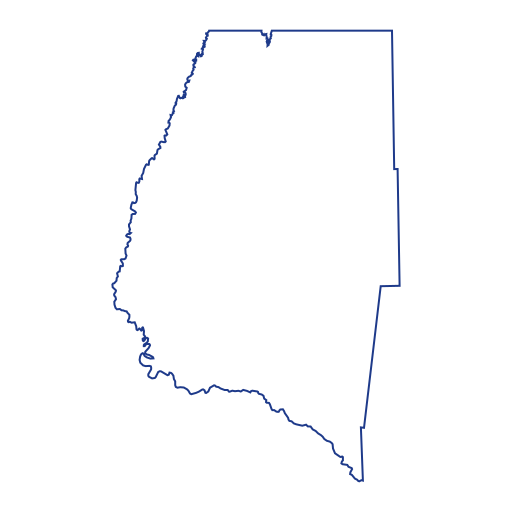 General José de San Martín, Salta, Argentina (Robinson projection)
{"feature_id": "61730980B17678477966583", "entity_name": "General José de San Martín", "entity_type": "district", "adm_level": 2, "iso_a3": "ARG", "parent_name": "Argentina", "parent_adm1": "Salta", "projection": "robinson", "projection_center": [-63.954, -22.826], "detail": "fine", "context": "isolated", "style": "outline", "palette": "blue", "viewbox_px": 512, "rotation_deg": 0, "n_neighbors": 0, "source": "geoboundaries", "source_scale": "gbopen_adm2", "svg_char_len": 5973}
<svg xmlns="http://www.w3.org/2000/svg" viewBox="0 0 512 512"><path d="M392.0,30.7L271.8,30.7L270.7,34.2L270.7,34.6L271.4,34.9L271.3,36.0L270.5,37.1L270.8,38.4L269.9,39.1L269.5,40.8L269.2,40.9L269.8,41.2L269.9,41.9L268.8,42.5L269.1,43.2L268.2,43.9L268.7,44.8L267.5,45.8L267.6,44.4L266.8,42.0L267.2,41.9L266.8,41.5L267.1,40.3L267.4,39.9L267.7,40.0L267.9,39.4L267.3,38.4L266.9,38.4L267.1,38.1L266.6,37.9L266.6,36.1L266.1,35.2L266.3,34.0L265.8,34.1L265.6,34.5L264.5,35.0L264.2,34.5L264.0,34.9L263.6,34.7L263.6,35.2L262.3,34.7L262.1,34.2L262.3,33.5L261.4,32.2L261.5,30.7L209.1,30.7L208.9,31.4L207.4,32.9L207.5,34.0L206.9,33.3L206.1,33.4L206.2,34.1L207.6,35.2L205.9,37.6L206.1,38.3L206.8,38.8L206.4,39.6L205.4,40.9L203.9,40.9L204.8,42.7L203.6,43.1L203.4,43.5L204.6,44.7L203.5,45.3L203.1,46.4L203.7,46.7L204.5,46.1L204.7,46.7L202.3,48.1L201.8,48.8L203.0,49.4L202.3,51.9L202.7,52.9L201.9,53.8L202.7,53.8L202.8,54.3L202.1,54.7L201.6,56.1L200.8,56.3L200.1,55.1L198.9,54.5L198.8,52.8L197.7,53.0L197.0,53.8L197.0,54.5L198.3,54.4L198.3,56.2L197.6,55.8L196.2,56.4L195.2,58.9L195.2,59.5L196.2,59.6L196.2,60.6L195.6,60.7L195.4,60.0L194.7,59.6L193.4,59.7L192.9,60.3L193.5,60.9L194.7,60.5L194.5,61.9L195.4,62.2L195.3,63.1L193.4,64.6L193.4,65.8L194.4,66.5L194.7,67.2L193.8,67.3L193.2,68.5L193.6,69.7L192.8,70.6L191.8,72.7L192.8,73.7L192.7,74.1L192.0,74.7L191.4,74.7L190.7,76.1L189.2,76.6L187.9,77.7L187.4,78.5L187.3,79.3L187.9,80.8L189.3,80.6L188.9,81.9L186.9,82.3L185.7,83.4L185.1,84.6L185.3,86.6L186.7,87.8L186.0,90.1L183.7,91.7L183.9,92.5L185.3,92.7L185.6,93.3L185.7,94.7L184.9,95.0L183.7,94.8L183.6,95.1L183.7,95.7L185.0,96.1L185.1,97.1L184.5,97.3L183.0,96.8L182.8,97.4L183.6,97.7L183.4,98.1L182.8,98.3L181.2,97.8L180.3,98.3L179.7,97.9L178.8,95.8L178.2,95.9L176.9,99.1L176.6,101.1L175.5,102.9L175.6,103.3L176.2,103.4L176.1,104.2L175.6,105.1L174.8,105.6L173.6,108.4L173.4,110.2L174.0,111.2L172.9,112.2L173.5,113.0L172.5,113.9L172.0,115.1L171.6,115.4L170.6,115.1L171.0,117.2L169.9,119.5L168.6,120.9L168.4,122.6L169.3,122.7L169.7,123.3L169.5,125.5L167.8,128.5L165.9,129.3L165.4,129.9L167.3,134.4L166.3,135.5L164.9,135.4L164.5,135.7L164.7,138.1L165.7,141.5L165.1,142.1L163.5,142.1L161.4,141.6L160.4,141.9L158.9,144.6L160.3,146.7L160.4,148.0L158.1,149.3L157.5,150.0L156.9,153.6L154.8,155.1L154.5,155.7L154.6,158.8L154.2,159.3L153.7,159.3L152.2,158.1L151.7,158.2L149.6,160.2L149.1,161.1L148.8,164.7L148.2,164.9L146.6,164.3L146.0,164.8L144.0,168.9L143.2,173.0L141.6,175.8L142.0,179.0L139.7,178.5L139.3,179.2L139.4,181.2L138.9,182.7L138.2,182.9L136.5,182.3L136.1,183.0L135.4,190.1L135.8,192.0L135.7,194.1L136.7,195.9L137.1,197.6L136.7,200.7L136.0,202.3L135.0,203.0L133.9,203.1L132.9,202.3L132.4,202.3L131.4,204.7L130.7,208.2L131.3,209.2L135.1,211.4L135.9,212.5L135.1,213.9L132.7,214.0L131.6,214.8L131.4,218.5L130.6,220.7L130.8,222.2L129.0,224.4L129.0,226.3L130.0,229.4L129.3,231.1L129.3,231.6L129.8,232.7L130.8,233.0L129.6,234.1L128.2,233.9L127.0,234.5L126.2,235.7L126.5,236.3L127.3,236.8L130.0,237.5L130.5,238.8L130.5,239.9L130.1,240.8L127.7,242.9L127.4,244.3L128.1,245.6L127.9,246.5L126.1,247.5L125.3,248.7L125.6,253.6L126.5,255.6L125.5,258.5L124.3,259.2L121.3,259.3L120.8,259.8L120.9,260.5L122.8,263.4L122.9,265.9L121.9,266.3L120.7,265.9L120.2,266.3L119.7,271.4L118.8,271.6L117.4,272.8L117.1,273.4L117.9,276.4L116.7,278.1L116.5,280.7L114.3,283.2L113.0,283.6L112.4,284.5L112.7,287.3L115.8,290.2L116.0,290.8L115.4,292.3L114.3,293.8L114.1,294.7L114.3,295.6L115.5,297.1L116.0,299.2L114.3,301.7L114.5,304.7L115.5,307.8L116.9,309.3L119.8,309.0L121.6,310.3L123.2,310.4L124.9,311.1L126.7,311.4L127.4,312.7L129.4,314.8L129.4,316.9L129.1,318.4L127.9,320.7L128.0,321.7L128.8,322.2L129.8,321.8L131.6,322.7L134.7,322.3L136.2,326.2L136.5,329.3L136.8,329.8L137.6,330.1L139.3,328.5L139.9,328.8L141.1,330.5L141.6,330.6L141.9,330.3L142.2,327.8L142.6,327.4L143.0,327.5L144.0,331.1L143.7,334.7L144.9,336.2L145.1,337.0L144.0,338.1L142.7,338.7L142.7,340.1L143.1,340.9L143.6,341.1L144.4,340.4L146.1,337.8L147.0,337.8L148.1,338.5L147.8,341.5L146.5,342.9L144.2,344.4L143.8,345.1L143.8,346.1L144.7,346.1L146.1,344.3L146.8,344.0L149.2,344.0L149.8,344.5L150.0,345.4L148.6,348.1L145.3,351.7L145.1,353.2L146.8,354.5L149.0,354.9L152.3,356.7L153.1,357.3L153.4,358.4L150.4,358.6L146.8,357.4L144.7,356.0L143.2,353.4L142.6,353.2L141.5,353.9L140.7,355.1L140.1,356.7L139.6,359.9L140.3,362.7L143.1,365.4L145.5,366.1L149.7,365.9L150.9,366.4L151.2,367.9L151.1,369.4L148.3,374.2L148.3,375.8L149.0,376.8L152.1,378.4L154.8,378.0L155.7,377.1L158.2,372.0L159.8,371.2L161.1,371.4L167.5,375.2L168.8,374.7L169.5,372.6L171.0,372.9L172.0,373.7L173.4,375.7L173.9,379.0L175.2,381.4L175.2,385.2L175.8,386.9L177.4,387.7L180.2,387.2L183.8,387.5L187.0,389.3L188.4,390.7L190.0,393.5L191.3,394.2L196.0,392.9L198.8,391.7L202.3,389.5L203.2,389.4L204.5,390.3L205.4,392.8L206.1,393.0L208.3,391.5L210.0,387.7L214.1,385.3L215.1,385.6L216.2,386.7L218.5,387.1L220.4,388.4L224.6,390.0L227.7,390.0L228.9,391.6L229.6,391.7L232.3,390.7L235.0,391.2L238.5,390.8L240.8,391.5L243.2,389.9L247.0,390.9L250.3,392.4L251.0,391.2L252.3,390.7L257.4,391.5L258.0,391.9L258.2,393.0L258.9,393.8L261.7,394.5L263.5,395.8L264.2,398.6L266.3,400.1L266.0,402.1L266.6,402.7L269.0,402.9L269.9,404.3L271.5,408.9L272.3,410.1L274.2,410.1L276.3,411.6L278.1,411.9L278.8,411.7L279.5,410.3L280.3,409.5L282.9,409.3L284.1,411.2L284.8,413.1L288.1,417.8L288.5,419.6L289.4,420.9L291.6,421.3L293.8,423.4L296.2,424.3L302.3,425.7L306.1,424.7L307.8,426.4L310.6,426.5L312.7,429.4L315.7,431.0L318.1,433.4L320.9,435.1L322.7,436.7L324.3,439.0L326.9,440.8L329.8,441.6L331.7,443.0L332.6,444.2L333.0,448.5L335.0,453.3L340.1,456.8L340.9,457.0L342.1,456.5L342.9,457.1L342.9,460.4L341.9,461.5L341.4,463.4L342.5,464.2L347.3,464.9L348.5,466.8L351.7,468.1L352.1,469.1L350.4,472.2L350.1,474.1L351.9,474.9L354.9,478.6L357.1,479.7L358.3,481.0L359.3,481.3L361.4,480.2L362.9,480.6L360.9,427.4L364.0,427.8L380.7,286.2L399.6,285.8L397.6,169.0L394.2,169.1L392.0,30.7Z" fill="none" stroke="#1e3a8a" stroke-width="2"/></svg>